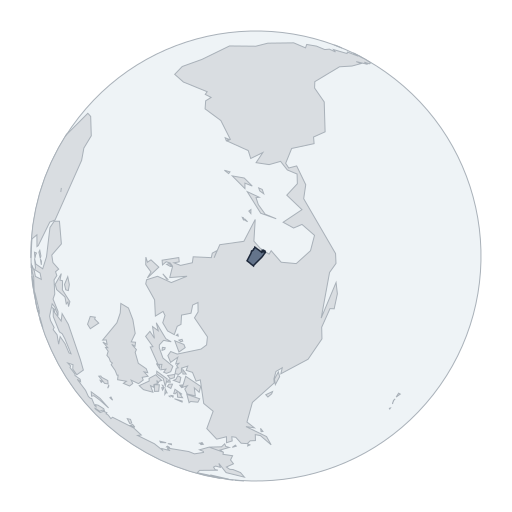 Alabama highlighted on a globe, orthographic projection, rotated 218°
{"feature_id": "USA-3541", "entity_name": "Alabama", "entity_type": "State", "adm_level": 1, "iso_a3": "USA", "parent_name": "United States of America", "parent_adm1": "", "projection": "orthographic", "projection_center": [-86.886, 32.617], "detail": "fine", "context": "on_globe", "style": "filled", "palette": "slate", "viewbox_px": 512, "rotation_deg": 218, "n_neighbors": 0, "source": "natural_earth", "source_scale": "10m", "svg_char_len": 11872}
<svg xmlns="http://www.w3.org/2000/svg" viewBox="0 0 512 512"><g transform="rotate(218 256 256)"><circle cx="256" cy="256" r="225" fill="#eef3f6" stroke="#a8b0b8"/><path d="M289.7,347.3L284.4,345.5L279.4,352.0L260.7,342.8L253.7,330.5L194.8,306.9L188.4,299.4L187.9,288.3L166.4,247.2L176.6,284.4L168.6,276.3L161.9,262.5L165.3,260.1L160.4,240.3L153.0,231.3L151.4,206.7L163.9,178.5L166.5,184.1L169.2,177.3L166.2,170.1L163.5,167.2L168.7,138.4L160.9,119.6L151.5,119.6L158.9,115.4L136.5,120.2L127.8,116.5L141.9,117.2L146.6,114.8L142.8,110.2L146.8,106.8L147.3,102.8L152.5,99.3L160.3,100.7L163.8,98.7L160.9,95.6L164.3,90.7L168.0,95.4L174.2,87.5L188.5,89.7L194.2,107.3L206.4,107.6L223.6,124.1L226.2,120.5L234.4,125.2L240.6,122.9L242.0,127.2L245.7,121.8L243.2,118.4L244.0,115.0L247.4,113.5L249.8,118.5L248.5,120.0L251.0,120.7L250.7,123.9L252.8,121.5L255.3,128.1L257.8,119.6L264.1,123.2L264.4,128.2L257.7,130.2L242.0,148.8L240.2,155.5L244.5,162.4L266.4,169.4L267.2,176.3L273.1,183.6L275.7,178.4L272.0,170.9L278.3,163.6L273.0,155.9L274.8,152.1L272.0,143.7L279.5,142.5L288.4,146.0L291.1,153.1L295.1,155.1L298.3,146.7L308.9,159.0L325.7,166.1L327.6,169.9L321.1,179.4L306.4,182.9L297.9,197.6L310.7,185.9L315.4,196.6L319.2,197.7L323.2,196.2L324.2,191.4L327.4,194.9L315.9,207.2L312.9,204.1L316.5,200.1L309.7,202.1L302.0,211.5L305.0,216.7L290.2,227.2L292.2,231.3L290.1,236.2L287.9,228.8L291.5,242.6L274.6,260.1L279.1,284.3L266.8,266.4L257.6,264.7L246.8,265.5L247.3,269.5L232.3,266.6L219.6,274.8L216.3,293.7L222.6,308.3L239.2,309.2L243.6,301.2L255.4,299.3L248.3,320.8L269.2,322.9L267.9,338.4L274.1,345.9L284.3,343.1L294.9,345.7L301.9,336.1L313.4,329.6L314.3,341.8L320.2,329.6L327.0,334.3L349.6,328.8L348.0,332.1L367.1,341.1L386.7,340.6L391.2,347.3L389.0,353.3L395.5,352.1L395.6,355.4L420.3,348.4L431.9,349.1L430.8,359.9L419.6,377.7L406.2,405.2L385.3,421.2L377.7,431.0L357.5,447.2L345.1,450.5L346.3,453.9L337.6,458.6L328.9,461.0L325.5,464.2L319.0,465.7L322.0,466.4L308.9,471.6L309.6,473.0L299.5,476.1L300.2,476.5L297.3,477.0L293.6,477.7L292.4,478.1L284.5,478.8L285.1,477.1L290.0,475.5L286.1,475.7L296.7,470.9L291.7,472.3L297.3,464.8L306.7,456.5L317.0,429.6L313.2,424.4L297.1,419.4L278.0,396.4L283.9,385.2L279.4,380.3L294.1,362.7L289.7,347.3ZM57.3,236.0L58.7,231.1L59.2,235.7L57.3,236.0ZM58.7,227.2L58.4,229.1L58.5,227.3L58.7,227.2ZM58.2,225.4L58.6,226.7L58.0,225.6L58.2,225.4ZM57.3,223.4L57.9,224.3L57.7,224.4L57.3,223.4ZM278.6,292.6L302.5,301.3L289.6,304.3L291.9,302.0L285.8,297.9L274.5,294.6L263.0,297.8L278.6,292.6ZM56.5,219.0L56.4,217.8L57.1,218.1L56.5,219.0ZM287.7,278.3L283.7,277.8L287.6,277.3L287.7,278.3ZM161.6,166.6L165.7,170.4L167.0,178.4L163.1,175.5L161.6,166.6ZM159.8,152.2L162.9,152.7L159.5,159.4L158.8,157.0L159.8,152.2ZM143.8,120.7L146.3,123.0L142.5,122.0L143.8,120.7ZM146.5,102.9L144.5,103.4L145.6,101.2L146.5,102.9ZM268.0,145.0L270.0,144.4L269.5,146.3L268.0,145.0ZM265.0,142.2L263.0,144.8L261.3,143.8L262.5,142.2L265.0,142.2ZM154.5,94.0L156.9,90.6L155.8,94.3L154.5,94.0ZM267.8,139.2L258.4,141.9L255.4,140.2L257.6,132.9L267.8,139.2ZM159.2,88.7L164.8,81.0L160.9,81.3L175.3,76.5L165.7,84.4L165.0,88.7L162.6,87.3L159.2,88.7ZM241.0,118.0L243.8,121.5L238.3,120.0L241.0,118.0ZM237.3,117.9L219.3,119.2L216.9,113.6L223.4,114.1L217.7,108.4L225.3,104.9L230.2,107.3L230.2,111.5L233.1,107.1L237.3,117.9ZM182.3,75.4L184.8,74.0L183.7,75.8L182.3,75.4ZM243.9,113.5L240.5,114.1L238.1,109.2L244.5,107.2L243.2,109.4L243.9,113.5ZM212.5,108.8L211.8,105.0L217.9,101.1L218.4,99.2L225.3,104.4L212.5,108.8ZM245.5,109.8L247.8,106.4L252.0,107.4L247.1,112.7L245.5,109.8ZM234.8,108.9L234.0,106.6L236.5,107.2L234.8,108.9ZM268.3,109.9L264.2,110.4L262.7,107.8L268.3,109.9ZM248.4,105.1L247.0,104.7L245.9,103.9L248.3,102.0L248.4,105.1ZM229.1,101.5L231.7,100.8L226.6,99.1L230.9,96.5L234.7,100.5L234.8,97.7L236.1,96.9L237.8,101.1L229.1,101.5ZM247.4,97.6L253.8,102.4L261.6,101.9L263.2,104.1L250.3,104.5L247.4,97.6ZM241.6,99.2L245.6,98.6L245.6,101.5L242.9,103.6L241.6,99.2ZM232.4,93.3L224.8,96.3L224.3,95.4L232.4,93.3ZM249.7,96.8L248.1,95.7L250.3,96.5L249.7,96.8ZM237.7,93.6L235.1,94.8L234.5,93.6L237.7,93.6ZM247.1,92.8L249.2,94.2L247.4,95.6L247.1,92.8ZM242.8,92.7L242.7,90.9L245.6,95.3L241.8,93.4L242.8,92.7ZM237.6,92.4L236.4,92.1L238.8,92.1L237.6,92.4ZM252.7,86.8L256.8,92.0L252.9,95.0L249.4,89.5L252.7,86.8ZM296.9,477.5L284.8,478.9L291.9,478.2L298.8,476.8L304.4,476.0L296.9,477.5ZM316.3,472.8L323.1,470.8L324.2,470.6L319.7,472.0L316.3,472.8ZM414.6,96.0L420.4,102.3L416.0,98.7L400.4,83.3L393.7,77.7L414.6,96.0ZM386.6,72.4L388.2,74.0L379.7,68.2L388.3,74.6L389.0,74.6L394.4,78.9L394.1,79.2L391.1,77.0L393.2,79.5L406.9,90.4L409.1,91.7L418.1,102.4L422.6,105.7L427.0,110.9L421.0,107.4L417.3,104.1L410.8,105.4L415.6,109.6L422.0,109.0L422.5,110.9L429.0,117.7L424.5,114.1L416.2,114.6L420.6,126.4L435.9,151.6L436.4,159.1L432.3,162.4L416.8,145.7L417.5,131.0L412.0,125.8L403.4,124.2L404.3,120.2L400.9,118.0L400.4,112.8L391.2,102.2L389.4,97.1L377.8,90.4L375.3,87.1L382.9,91.8L387.2,92.8L381.6,81.5L378.2,78.6L371.1,75.4L370.5,73.1L364.3,71.5L357.2,65.0L360.7,71.9L352.4,69.3L343.7,64.5L341.6,65.1L355.8,73.2L360.8,75.4L364.2,75.2L378.5,83.5L382.2,88.1L369.5,84.8L373.3,91.2L361.8,86.6L330.7,66.3L321.8,59.8L324.1,52.1L330.8,54.1L333.3,57.7L338.4,55.8L334.4,55.2L333.9,53.6L325.9,51.5L325.1,50.4L318.7,50.6L316.9,49.0L321.0,48.8L307.6,45.2L301.6,42.1L298.9,41.9L297.8,42.6L291.0,38.8L289.3,38.8L290.9,40.1L288.6,41.2L281.9,41.9L279.9,40.5L282.0,40.1L283.6,37.4L289.7,37.0L288.2,36.5L282.4,36.7L280.5,39.8L277.0,40.7L277.0,38.9L276.7,39.6L274.4,39.6L270.2,38.5L269.8,40.6L246.6,45.2L236.2,44.3L238.8,41.7L220.5,45.5L210.2,45.4L211.7,46.3L203.9,49.7L207.0,49.6L207.1,50.4L188.6,60.5L182.7,62.2L176.4,68.9L177.2,69.6L181.2,68.5L175.3,76.5L160.9,81.3L159.9,79.4L151.5,84.2L150.5,79.6L145.8,78.4L149.4,71.5L145.4,71.7L142.6,73.6L134.9,75.8L129.0,74.6L146.2,66.9L157.6,69.7L154.0,67.5L158.5,65.6L159.5,63.5L156.7,62.5L154.1,63.8L168.4,52.4L168.9,49.0L159.9,53.5L153.1,56.5L147.1,58.8L161.2,51.6L175.8,45.5L190.7,40.4L206.0,36.3L221.6,33.4L237.2,31.5L253.0,30.7L268.8,31.1L284.6,32.5L300.2,35.1L315.6,38.7L330.6,43.4L345.4,49.2L359.6,56.0L373.4,63.7L386.6,72.4ZM480.4,236.0L479.9,232.7L479.9,236.2L476.4,264.9L472.2,264.2L459.8,249.3L458.1,235.1L452.3,224.0L436.5,160.6L439.4,155.8L434.0,130.1L434.4,128.6L441.7,137.8L443.1,131.5L435.6,120.8L432.3,115.8L442.0,129.0L450.8,142.8L458.5,157.3L465.2,172.3L470.7,187.8L475.1,203.6L478.3,219.7L480.4,236.0ZM449.2,186.2L451.3,189.8L449.2,186.2ZM350.3,328.5L353.1,330.2L349.5,331.2L350.3,328.5ZM288.2,309.8L293.1,309.6L295.8,311.3L292.1,312.3L288.2,309.8ZM328.3,304.1L333.7,304.1L328.3,306.3L328.3,304.1ZM306.2,302.3L324.0,304.5L313.3,310.2L302.0,308.8L309.6,306.6L306.2,302.3ZM286.2,286.3L289.3,287.0L288.6,289.5L286.2,286.3ZM290.6,278.0L289.4,278.4L287.7,276.5L290.6,278.0ZM316.1,195.8L317.1,195.0L321.3,194.4L319.7,196.7L316.1,195.8ZM337.5,181.2L342.1,187.3L337.7,184.3L336.4,188.3L325.7,187.4L328.1,171.8L328.9,178.8L337.5,181.2ZM312.0,182.8L318.5,184.6L311.2,183.3L312.0,182.8ZM382.6,113.2L385.1,112.2L389.4,115.7L391.6,123.8L385.5,118.6L382.6,113.2ZM387.7,110.1L374.5,105.4L372.6,100.7L375.9,104.0L376.0,101.4L381.3,106.1L392.4,106.8L396.8,110.1L398.6,122.3L395.6,116.3L393.2,117.4L387.7,110.1ZM344.3,107.0L338.6,106.3L341.8,96.7L346.7,98.5L349.4,106.3L345.0,108.8L344.3,107.0ZM273.5,126.4L271.1,127.8L270.4,126.2L271.9,123.8L273.5,126.4ZM266.5,110.3L283.3,119.2L281.4,121.1L293.5,124.7L293.2,131.3L285.3,128.6L294.1,136.7L287.0,136.9L293.5,142.0L276.1,135.3L270.0,136.2L276.9,132.6L277.4,126.4L275.7,124.1L266.5,118.3L253.6,117.9L252.0,112.3L254.3,108.4L257.2,107.6L257.3,111.4L261.0,107.7L263.4,112.7L266.5,110.3ZM282.1,74.0L281.0,77.5L288.9,73.3L291.3,77.2L292.1,76.5L296.5,79.1L303.2,81.2L303.3,83.2L305.8,83.2L308.8,85.1L312.3,85.9L313.8,89.9L318.3,91.3L316.4,92.5L323.7,93.9L319.0,94.7L322.3,97.7L325.1,95.3L324.5,117.7L327.9,127.5L333.3,135.4L324.5,136.5L313.8,130.0L303.5,120.6L301.5,111.5L297.8,113.9L295.8,110.4L299.5,109.9L292.6,108.6L291.9,105.7L282.7,99.0L273.1,99.6L269.5,97.4L272.9,95.8L267.0,94.8L271.0,90.3L268.5,88.8L270.0,83.1L278.0,81.3L274.6,79.7L275.6,75.7L282.1,74.0ZM253.4,85.2L262.4,81.4L268.2,81.9L263.2,91.7L264.9,93.7L261.9,100.6L253.6,99.9L255.2,97.9L254.9,95.9L257.6,96.9L255.1,94.6L257.3,92.0L256.0,89.5L259.3,88.9L253.4,85.2ZM430.8,123.2L430.4,121.4L428.8,118.1L432.9,122.6L430.8,123.2ZM425.5,123.6L424.5,121.3L429.5,125.4L429.9,127.4L425.5,123.6ZM419.7,116.9L424.1,120.9L422.0,119.9L419.7,116.9ZM381.5,89.8L380.0,87.6L381.5,88.0L384.3,90.0L381.5,89.8ZM305.9,64.5L304.4,65.9L302.9,65.4L296.1,66.6L293.8,64.1L296.9,62.4L305.9,64.5ZM427.3,110.6L425.8,108.2L428.4,111.8L427.3,110.6ZM302.2,62.0L299.7,62.7L300.1,61.1L302.2,62.0ZM291.7,62.4L291.5,60.5L292.7,63.9L291.7,62.4ZM278.6,45.5L290.6,46.3L297.7,46.1L299.3,44.3L302.2,47.5L291.3,47.8L278.6,45.5ZM250.8,45.2L249.5,47.3L246.6,46.7L246.5,46.1L250.8,45.2ZM252.4,46.3L257.3,48.6L254.3,50.0L251.1,47.9L252.4,46.3ZM280.2,54.1L283.9,54.4L283.5,55.6L280.2,54.1ZM134.7,66.1L128.8,70.1L127.0,71.3L134.7,66.1ZM135.7,65.5L140.0,62.9L155.1,55.8L156.1,55.9L140.2,63.3L143.4,61.3L141.2,62.3L135.7,65.5ZM183.2,73.5L184.7,73.9L182.1,74.6L183.2,73.5ZM209.0,50.4L208.8,51.6L205.8,52.0L209.0,50.4ZM206.4,55.3L210.0,53.9L207.0,55.9L206.4,55.3ZM217.7,50.9L211.8,53.6L216.3,50.2L217.7,50.9Z" fill="#d9dde1" stroke="#a8b0b8" stroke-width="1"/><path d="M254.2,264.4L254.2,264.5L254.3,264.5L254.1,264.7L254.1,264.8L253.9,264.9L253.8,265.0L253.7,265.0L253.6,264.9L253.6,265.0L253.4,265.3L252.9,265.3L252.5,265.3L252.2,265.4L252.4,265.3L252.4,265.2L252.5,265.3L252.8,265.3L252.9,265.2L253.0,265.2L252.8,264.9L252.8,264.7L252.7,264.7L252.7,264.8L252.7,264.7L252.5,264.4L252.4,264.4L252.5,264.2L252.4,263.7L252.2,263.6L252.2,263.4L252.2,263.5L252.0,263.8L252.0,264.0L251.9,264.0L251.9,264.3L251.8,264.5L251.8,264.9L251.8,265.0L251.7,265.0L251.6,264.9L251.3,264.7L251.2,264.7L251.2,264.8L251.1,264.7L250.9,264.7L250.8,264.4L250.8,264.0L250.8,263.6L250.8,263.2L250.8,262.9L250.8,262.5L250.8,262.1L250.8,261.8L250.7,261.4L250.7,261.0L250.7,260.7L250.7,260.3L250.7,259.9L250.7,259.6L250.7,259.2L250.7,258.8L250.7,258.7L250.7,258.3L250.8,258.1L250.8,257.7L250.8,257.4L250.9,257.0L250.9,256.6L251.0,256.1L251.1,255.6L251.1,255.1L251.2,254.6L251.3,254.1L251.3,253.5L251.4,253.0L251.5,252.5L251.5,251.9L251.6,251.4L251.7,250.9L251.7,250.4L251.8,249.9L251.8,249.4L251.9,249.0L251.9,248.6L252.0,248.2L252.0,247.9L252.0,247.7L252.1,247.3L252.1,247.2L252.0,246.9L251.9,246.8L251.8,246.6L252.0,246.6L252.5,246.6L253.0,246.6L253.5,246.6L254.0,246.6L254.5,246.6L255.0,246.6L255.5,246.6L256.0,246.7L256.5,246.7L257.0,246.7L257.5,246.7L258.0,246.7L258.5,246.7L259.0,246.7L259.6,246.7L260.1,246.7L260.1,246.8L260.2,247.1L260.2,247.3L260.3,247.6L260.3,247.8L260.4,248.1L260.4,248.4L260.5,248.8L260.6,249.1L260.6,249.5L260.7,249.8L260.8,250.2L260.8,250.6L260.9,250.9L261.0,251.3L261.0,251.7L261.1,252.0L261.2,252.4L261.2,252.7L261.3,253.0L261.3,253.3L261.4,253.5L261.4,253.8L261.4,254.0L261.5,254.2L261.5,254.3L261.5,254.5L261.7,255.0L261.8,255.3L261.8,255.5L261.9,255.8L262.0,255.9L262.0,256.0L262.2,256.3L262.3,256.4L262.3,256.5L262.4,256.8L262.3,257.0L262.5,257.2L262.6,257.3L262.5,257.5L262.4,257.5L262.2,257.6L262.1,257.8L262.1,258.0L262.1,258.3L261.9,258.6L261.9,258.8L261.8,259.0L261.9,259.6L262.0,259.7L262.1,259.8L262.1,260.0L262.2,260.3L262.1,260.6L262.0,260.8L262.0,261.1L262.0,261.3L262.0,261.5L262.2,261.8L262.3,262.0L262.4,262.3L261.8,262.3L261.3,262.3L260.7,262.3L260.2,262.3L259.7,262.3L259.1,262.3L258.6,262.3L258.1,262.4L257.5,262.4L257.0,262.4L256.4,262.4L255.9,262.4L255.4,262.4L254.8,262.4L254.3,262.4L253.8,262.3L253.6,262.3L253.6,262.6L253.5,262.8L253.6,263.0L253.8,263.2L253.8,263.3L254.2,263.6L254.2,263.9L254.2,264.0L254.2,264.4L254.2,264.4ZM252.0,265.3L251.9,265.3L251.2,265.3L251.5,265.2L251.8,265.2L252.0,265.2L252.0,265.3ZM254.0,265.1L253.9,265.1L254.0,265.1Z" fill="#64748b" stroke="#1e293b" stroke-width="1.5"/></g></svg>